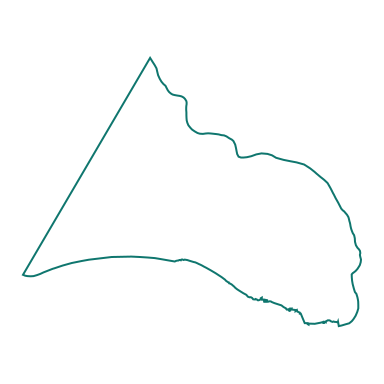 outline of Ciudad del Plata, San José, Uruguay
{"feature_id": "84410073B44355686376037", "entity_name": "Ciudad del Plata", "entity_type": "district", "adm_level": 2, "iso_a3": "URY", "parent_name": "Uruguay", "parent_adm1": "San José", "projection": "equal_earth", "projection_center": [-56.41, -34.718], "detail": "fine", "context": "isolated", "style": "outline", "palette": "teal", "viewbox_px": 384, "rotation_deg": 0, "n_neighbors": 0, "source": "geoboundaries", "source_scale": "gbopen_adm2", "svg_char_len": 3522}
<svg xmlns="http://www.w3.org/2000/svg" viewBox="0 0 384 384"><path d="M150.1,57.9L23.0,274.8L25.2,275.7L27.4,276.1L30.5,276.3L33.6,276.1L37.0,275.1L40.3,273.9L43.5,272.4L52.2,269.0L53.3,268.6L54.1,268.4L62.8,265.5L71.8,263.0L81.7,261.0L88.9,259.7L111.7,257.0L131.5,256.6L139.8,257.0L147.6,257.5L154.9,258.1L160.3,259.0L169.5,260.6L174.8,261.5L176.0,260.9L177.2,260.6L178.5,260.5L179.3,260.0L180.2,260.0L180.9,260.3L181.4,259.6L182.4,259.5L183.1,259.8L183.7,260.0L184.7,259.6L187.5,260.1L189.6,260.8L193.6,262.0L195.4,262.4L197.4,263.3L199.0,264.1L200.4,264.7L202.0,265.5L204.1,266.7L205.9,267.6L210.7,270.3L215.6,273.2L220.2,276.2L221.3,276.9L222.4,277.7L225.2,279.8L225.4,280.1L225.9,280.7L228.0,282.2L228.8,282.4L229.1,283.3L230.2,283.6L231.2,284.2L232.0,284.7L232.6,285.3L234.4,286.8L234.8,287.4L235.3,287.8L236.5,288.8L237.3,289.4L239.0,290.5L240.6,291.5L243.3,293.2L245.0,294.1L246.3,294.8L247.9,296.7L249.5,297.3L250.8,297.2L252.1,297.9L253.2,299.3L255.1,299.5L255.6,299.0L257.2,299.7L257.6,300.2L258.5,300.3L259.4,300.0L260.8,299.2L260.8,298.2L261.8,297.6L261.8,299.7L263.7,299.7L264.2,301.8L265.7,301.8L264.9,300.8L264.7,299.7L267.1,300.2L267.1,301.3L268.2,301.7L269.3,301.3L270.8,301.4L271.7,302.0L274.4,303.1L281.5,305.4L283.5,307.0L285.1,307.9L285.9,308.3L286.3,309.1L286.8,309.6L288.6,309.2L288.7,310.3L289.4,310.9L290.2,310.6L290.2,308.5L291.6,308.5L291.2,309.5L295.5,310.0L295.5,311.1L296.9,310.0L297.4,311.6L299.8,312.6L299.8,313.7L300.8,313.7L304.7,323.1L307.6,323.1L307.6,324.1L308.5,324.6L308.5,323.6L314.8,323.8L320.5,322.7L323.4,321.9L323.4,323.0L323.9,323.0L323.9,321.9L325.8,322.4L325.8,321.4L327.9,320.3L329.7,320.4L331.1,321.4L332.6,321.9L333.6,321.5L334.7,321.9L336.6,322.0L337.2,322.3L337.7,322.4L338.0,321.6L338.8,326.1L341.6,325.5L345.3,324.4L349.2,323.3L351.8,321.2L353.1,319.6L353.7,318.8L355.6,315.8L356.6,313.5L357.3,311.8L358.3,308.4L358.3,304.9L358.2,302.0L358.2,301.6L357.9,299.6L357.4,297.2L356.4,293.9L354.9,292.0L353.8,288.4L352.7,284.2L352.1,280.8L351.8,277.4L351.7,274.4L352.7,273.2L354.1,272.2L355.6,271.0L357.4,269.0L358.7,267.0L359.8,265.2L360.7,262.2L361.0,259.6L360.3,256.9L359.9,254.9L360.3,253.1L360.0,251.0L359.0,249.4L357.4,247.7L355.9,245.2L355.0,241.8L354.8,238.3L354.4,236.5L354.1,235.2L352.8,233.2L352.0,231.2L351.3,229.3L350.9,227.8L350.5,226.0L350.2,224.1L349.9,222.7L349.4,221.1L349.1,219.7L348.7,218.1L348.3,216.9L347.8,216.1L347.1,214.9L346.2,213.8L345.4,212.9L344.5,211.8L343.6,210.9L342.9,210.5L341.2,208.6L340.5,207.2L338.2,202.7L335.7,198.3L333.8,194.5L333.1,193.3L331.2,189.5L330.3,187.8L327.6,183.1L327.0,182.5L324.1,179.8L323.7,179.5L322.6,178.6L320.4,176.9L316.5,173.6L314.6,171.9L310.2,168.4L304.1,164.5L296.6,162.4L290.2,161.2L283.7,159.9L276.1,157.8L272.0,155.3L267.5,153.9L261.5,153.4L256.3,154.4L251.3,156.2L246.9,157.2L243.8,157.5L240.9,157.5L238.6,156.7L237.2,154.1L236.6,151.3L236.0,148.1L235.2,144.6L233.4,141.0L231.8,139.6L229.2,138.2L226.5,136.4L224.1,135.4L221.3,135.1L218.7,134.4L216.5,134.1L213.7,133.8L211.0,133.5L208.2,133.3L205.7,133.5L202.9,133.9L199.8,133.7L197.5,133.0L194.9,131.5L192.1,129.6L190.4,127.8L188.4,125.3L187.3,122.7L186.7,120.4L186.5,118.0L186.4,115.2L186.4,112.5L186.2,109.9L186.2,107.8L186.3,106.1L186.6,104.1L186.6,102.3L186.3,101.0L185.0,98.9L183.6,97.5L181.6,96.4L179.6,95.9L177.0,95.5L174.3,95.0L172.5,94.5L171.0,93.6L169.2,92.1L167.8,90.3L166.5,87.8L165.5,85.8L163.4,84.0L161.4,81.6L159.7,78.7L158.1,75.2L157.2,71.5L156.5,68.4L154.8,65.3L152.8,62.2L150.1,57.9Z" fill="none" stroke="#0f766e" stroke-width="2"/></svg>